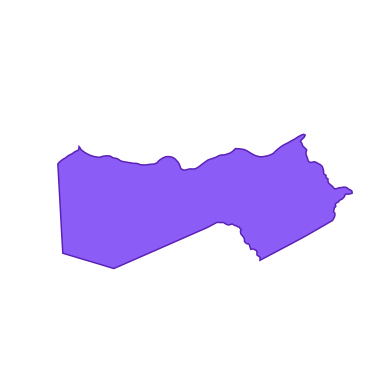 Sítio do Mato, Bahia, Brazil (Robinson projection), rotated 243°
{"feature_id": "56859067B96329071012082", "entity_name": "Sítio do Mato", "entity_type": "district", "adm_level": 2, "iso_a3": "BRA", "parent_name": "Brazil", "parent_adm1": "Bahia", "projection": "robinson", "projection_center": [-43.472, -12.868], "detail": "fine", "context": "isolated", "style": "filled", "palette": "violet", "viewbox_px": 384, "rotation_deg": 243, "n_neighbors": 0, "source": "geoboundaries", "source_scale": "gbopen_adm2", "svg_char_len": 3385}
<svg xmlns="http://www.w3.org/2000/svg" viewBox="0 0 384 384"><g transform="rotate(243 192 192)"><path d="M283.7,112.0L281.8,110.6L280.8,109.4L281.0,108.1L281.1,106.7L280.9,104.6L280.6,103.1L280.5,101.8L280.6,99.6L280.5,98.3L280.3,96.6L279.9,95.1L279.8,93.3L279.6,91.1L279.2,89.1L278.7,87.1L277.9,85.2L246.4,71.3L213.0,56.5L196.1,49.1L189.6,55.9L159.3,87.6L156.1,142.2L153.4,189.6L153.6,200.4L152.7,202.0L151.9,203.4L151.2,204.7L150.5,206.3L149.2,206.9L148.0,207.7L146.9,208.6L146.0,209.6L145.5,211.6L145.4,213.2L144.0,214.1L142.7,214.9L141.8,216.1L140.3,216.9L139.2,218.3L137.4,218.2L136.2,219.0L135.2,217.4L133.9,216.9L132.6,216.5L131.0,216.8L128.9,217.3L127.4,217.5L126.0,217.2L124.2,216.3L122.6,216.6L120.9,217.4L120.2,218.7L118.9,219.2L117.2,218.8L114.2,218.3L113.8,220.1L112.8,221.3L111.5,222.0L110.3,223.0L109.0,222.6L107.5,221.8L106.2,221.3L104.8,222.1L103.2,223.0L101.7,222.3L100.3,221.5L100.8,254.4L100.8,256.3L101.2,273.5L102.8,304.2L103.8,305.8L104.7,307.2L105.6,308.1L106.8,309.1L108.8,309.7L110.2,309.1L111.2,309.9L112.1,310.9L113.3,311.3L113.5,312.7L114.1,313.8L115.8,313.8L116.5,315.3L116.8,316.8L116.6,318.1L117.4,319.1L117.7,320.7L117.5,322.2L117.8,323.5L118.3,324.7L118.7,325.9L119.8,326.7L120.3,328.6L119.3,329.7L118.7,331.5L118.4,332.8L118.3,334.3L120.1,334.9L121.8,334.2L123.4,332.8L124.7,332.4L126.1,331.5L127.4,329.6L128.1,327.5L128.5,326.3L129.1,324.8L129.3,322.7L130.0,320.5L131.7,320.0L133.2,319.8L134.3,319.3L135.8,318.6L137.0,318.1L138.1,317.8L139.3,317.9L140.5,318.4L142.0,319.1L143.3,318.3L144.7,318.1L146.0,319.0L148.1,317.7L149.6,318.1L151.3,318.9L152.7,319.3L154.2,319.4L155.5,319.7L157.6,318.9L158.7,318.5L159.6,317.5L161.6,316.5L163.4,314.8L163.9,313.0L164.5,311.1L165.4,310.1L167.1,309.7L169.4,310.2L171.5,310.4L173.3,310.7L174.7,310.9L175.8,311.9L177.4,313.3L179.1,312.9L181.8,311.9L183.5,311.6L184.7,311.9L186.2,312.0L187.9,311.5L188.8,313.4L189.4,315.4L190.0,317.0L191.3,318.7L192.7,317.8L193.1,314.9L193.0,311.2L192.6,308.2L192.5,305.6L192.5,303.6L192.3,300.4L192.3,298.1L192.3,296.1L192.3,294.6L192.1,292.7L191.8,290.7L191.2,287.8L190.8,286.0L190.3,284.4L189.6,282.4L189.4,280.1L189.8,276.6L190.6,273.5L191.5,270.6L192.2,269.2L193.1,267.8L194.1,266.7L196.0,264.7L197.6,263.6L199.1,262.5L200.9,261.4L202.9,260.2L205.0,258.8L206.5,257.3L207.8,255.5L208.9,254.0L210.0,252.0L210.9,250.7L210.7,249.4L210.0,247.4L209.6,245.5L209.5,242.9L209.9,240.5L210.3,237.9L210.9,236.6L211.6,235.1L212.2,232.8L212.1,230.5L212.2,228.3L212.5,226.2L212.8,223.9L213.3,220.9L212.9,218.2L212.3,214.4L211.8,211.7L211.3,208.8L211.2,206.2L211.6,204.2L212.4,202.7L213.3,201.2L213.8,199.7L214.3,197.6L214.6,195.9L215.8,194.0L217.2,193.0L218.4,192.8L220.0,193.0L221.3,193.1L222.8,193.3L224.9,193.1L226.7,192.6L229.0,192.0L231.1,190.9L232.6,189.5L233.8,187.9L234.8,186.1L235.4,184.1L235.6,181.5L235.4,179.7L235.2,177.9L234.7,175.9L233.9,174.3L234.0,171.4L234.9,169.1L235.7,167.2L236.7,164.4L237.2,162.9L238.1,161.2L238.9,159.7L239.8,158.3L241.7,156.8L243.0,155.0L243.7,153.7L244.4,152.5L245.3,151.4L246.6,149.5L247.6,148.2L248.6,146.8L250.8,143.9L251.6,143.1L252.8,142.2L254.3,141.4L255.6,140.6L256.7,139.3L258.1,137.3L260.3,136.0L261.6,134.9L262.6,133.2L263.3,131.7L263.8,130.3L264.3,128.6L264.7,126.7L265.1,124.9L268.0,120.9L271.1,117.8L273.6,115.9L275.9,114.4L277.9,113.4L280.1,112.4L282.0,112.3L283.7,112.0Z" fill="#8b5cf6" stroke="#5b21b6" stroke-width="1.5"/></g></svg>